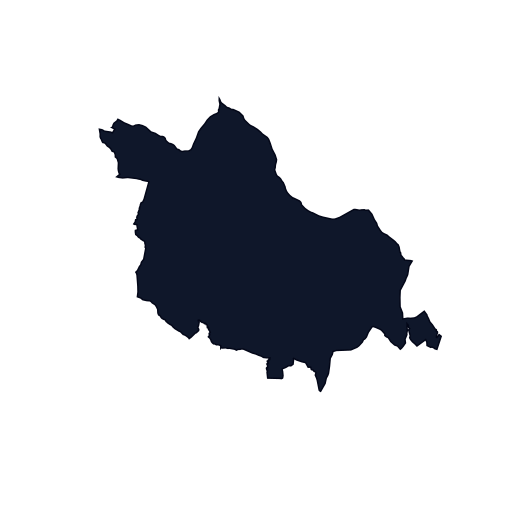 Dragesti, Bihor, Romania, rotated 126°
{"feature_id": "2599482B88212015741869", "entity_name": "Dragesti", "entity_type": "district", "adm_level": 2, "iso_a3": "ROU", "parent_name": "Romania", "parent_adm1": "Bihor", "projection": "mercator", "projection_center": [22.124, 46.918], "detail": "fine", "context": "isolated", "style": "filled", "palette": "ink", "viewbox_px": 512, "rotation_deg": 126, "n_neighbors": 0, "source": "geoboundaries", "source_scale": "gbopen_adm2", "svg_char_len": 6116}
<svg xmlns="http://www.w3.org/2000/svg" viewBox="0 0 512 512"><g transform="rotate(126 256 256)"><path d="M226.6,448.1L228.5,447.9L232.0,448.9L233.5,448.7L235.4,448.1L236.3,447.9L236.8,448.2L236.3,444.8L240.7,444.5L241.2,446.4L243.8,451.4L244.3,452.7L244.2,453.8L244.5,455.0L245.5,457.2L248.8,453.8L251.2,452.1L252.1,450.8L252.3,450.1L253.9,447.5L254.2,446.6L253.5,445.2L253.5,443.9L254.4,440.9L254.3,438.3L254.8,436.0L255.8,434.0L255.1,431.8L256.5,429.7L258.1,428.2L258.5,428.1L258.7,425.8L259.0,425.2L261.4,422.1L266.4,418.8L267.9,417.4L269.4,415.5L269.8,414.2L273.8,415.2L273.1,413.3L271.2,409.8L267.8,405.9L263.5,398.2L262.4,395.5L261.9,394.9L261.4,392.3L260.1,389.3L259.2,387.6L258.8,386.3L275.9,379.9L279.2,379.3L280.3,380.2L282.4,379.7L284.2,378.8L284.7,378.9L286.2,378.3L286.3,377.9L290.4,376.8L291.1,375.5L293.1,375.7L293.5,375.4L294.7,375.3L295.0,374.7L295.7,374.3L295.9,373.7L296.2,373.6L297.4,374.7L299.5,373.7L301.9,373.7L301.9,373.1L300.6,370.9L304.3,367.1L306.2,368.6L307.5,367.7L309.3,365.9L309.3,363.9L309.8,362.3L309.8,361.5L309.6,360.6L310.0,358.8L309.8,356.8L309.9,356.3L309.6,355.5L309.7,354.9L310.2,354.0L311.3,353.1L312.1,351.9L314.1,350.8L314.2,350.2L314.6,349.7L324.7,344.9L328.4,345.0L330.9,344.0L333.0,344.1L337.5,343.3L339.5,343.7L339.9,343.5L340.2,342.4L341.4,341.0L350.0,333.7L354.5,330.3L358.7,328.0L357.7,324.6L357.9,321.9L356.3,318.2L354.5,315.3L354.6,313.5L354.9,312.5L354.7,308.9L355.5,306.8L356.9,304.2L359.8,301.8L360.8,300.3L360.9,299.8L360.6,298.8L361.5,296.4L361.7,295.2L361.4,293.2L361.0,292.1L361.8,290.1L361.8,289.1L362.0,288.2L361.9,285.4L361.6,283.4L362.1,281.7L362.4,278.9L362.0,273.9L361.6,272.7L362.3,268.6L361.9,268.0L361.6,265.5L361.7,262.5L362.1,261.5L359.9,260.8L354.0,259.8L353.2,259.2L350.1,258.6L348.9,259.3L348.8,259.8L347.8,261.3L346.3,261.5L342.8,263.2L342.3,264.3L342.4,264.7L341.9,265.0L341.2,264.5L341.1,263.4L341.2,262.5L341.5,262.3L341.4,260.6L341.0,259.8L340.8,258.6L341.0,258.1L340.9,257.7L340.2,257.6L340.1,257.1L340.2,256.5L340.8,256.1L340.3,255.2L340.4,254.9L341.2,254.4L341.3,253.8L341.8,253.9L342.6,253.2L342.5,252.6L341.9,252.4L342.0,252.0L343.3,251.2L343.5,251.0L343.4,250.4L344.7,248.1L345.9,248.4L346.7,248.1L346.7,247.3L347.8,246.8L349.0,247.2L349.4,247.0L349.6,244.9L350.2,243.5L351.5,241.6L351.9,240.1L352.0,238.7L351.4,237.8L351.1,235.9L350.2,234.7L349.5,233.3L349.4,231.7L351.3,230.3L350.4,230.2L350.2,229.1L348.1,226.6L347.4,224.7L346.2,223.2L343.9,218.4L343.7,216.5L342.2,215.7L340.9,214.1L339.7,213.1L338.7,211.5L336.6,201.9L335.4,198.7L334.7,195.5L333.8,192.6L333.7,190.4L332.0,187.4L330.2,184.9L331.3,184.3L331.3,184.9L331.6,185.0L332.4,184.5L332.8,184.9L333.1,184.8L333.4,184.3L333.9,184.3L334.3,185.1L334.6,185.0L334.8,183.8L335.2,183.3L335.7,183.6L335.9,183.1L336.2,183.1L337.0,183.7L337.7,182.4L338.6,181.6L339.7,180.9L340.0,181.2L339.8,181.6L340.3,181.7L341.1,181.2L341.6,180.4L341.5,179.5L342.5,179.5L342.8,178.8L343.2,178.5L343.7,178.6L347.9,174.8L340.8,164.5L340.4,163.5L339.5,162.9L339.0,162.8L337.0,163.8L333.8,166.6L332.6,168.1L331.8,168.4L328.7,166.5L325.5,165.1L324.3,163.2L321.8,162.4L317.2,165.0L316.9,165.5L316.6,165.4L316.3,162.3L314.5,156.5L313.3,153.8L313.3,152.7L315.3,148.5L313.8,146.4L315.2,144.7L315.3,144.3L314.7,142.9L315.2,141.1L314.8,139.8L314.9,139.3L315.4,138.8L317.5,138.0L319.2,135.1L320.6,133.3L327.4,126.0L327.6,124.8L327.5,124.2L318.5,125.2L313.5,127.4L310.4,127.8L308.3,128.4L301.9,131.8L295.2,135.8L290.9,136.4L288.0,137.6L285.2,135.5L276.2,124.1L270.5,120.7L268.2,120.0L263.1,119.4L260.2,120.0L259.8,119.5L258.9,119.2L256.6,119.1L251.7,120.3L245.3,120.5L244.2,119.9L243.4,117.5L242.4,113.0L242.2,111.0L243.3,105.9L244.6,105.0L244.7,102.9L244.3,101.2L244.5,100.4L246.0,96.6L246.5,91.5L245.6,88.6L246.6,84.5L245.2,84.1L242.3,83.9L238.5,84.0L235.8,86.5L231.0,87.7L230.0,88.6L227.1,89.9L224.7,92.3L221.9,94.1L222.5,92.0L223.8,91.2L224.1,90.6L224.4,88.9L226.0,89.1L229.9,84.3L231.8,83.6L232.7,81.7L233.4,79.0L233.7,75.5L234.2,72.9L223.9,69.6L225.2,67.2L227.9,65.0L227.2,61.0L226.4,60.3L226.0,59.4L225.8,58.1L225.9,56.8L225.2,54.8L212.1,59.0L212.0,61.7L215.6,61.5L215.8,61.9L215.7,62.4L213.9,63.3L211.2,64.2L210.7,64.7L210.6,65.3L210.8,66.1L209.7,66.8L209.8,68.3L208.1,72.7L207.1,76.7L205.3,79.6L203.9,82.4L203.2,83.1L201.8,87.4L210.8,90.1L213.0,91.4L215.6,94.3L217.2,96.8L220.7,100.2L216.0,104.0L212.4,109.6L205.0,115.2L199.0,119.2L188.5,120.7L185.6,121.6L182.8,122.1L181.6,122.5L174.4,126.2L168.3,126.7L168.8,128.1L172.0,133.4L171.2,134.6L171.2,135.5L170.4,138.1L170.4,138.9L168.2,141.2L168.1,142.0L164.7,145.5L163.4,147.6L163.3,149.3L162.7,151.7L162.5,154.0L162.4,159.7L162.1,162.2L162.8,165.6L163.0,168.0L162.3,170.5L160.4,175.4L158.6,177.7L157.1,181.6L154.1,186.8L152.8,192.0L154.7,194.3L154.8,195.3L156.5,197.5L158.2,199.2L159.9,202.8L160.8,204.1L175.5,210.9L179.8,213.8L181.5,216.0L185.3,224.7L186.7,228.8L187.8,235.5L188.4,237.2L188.8,240.5L188.8,244.4L187.9,249.2L186.6,250.7L186.2,251.5L185.9,253.2L187.1,259.7L187.3,260.4L187.7,260.5L187.4,260.9L187.2,264.4L186.4,267.8L185.6,269.7L183.9,272.3L183.1,273.0L180.7,277.0L180.2,279.0L179.1,281.6L178.8,283.6L178.9,285.8L178.2,287.5L175.9,290.9L175.0,291.8L173.3,292.4L170.8,293.9L167.9,295.0L166.0,296.0L163.1,299.9L160.1,305.9L156.5,310.8L154.2,314.4L153.5,316.6L153.6,322.6L153.1,325.1L152.8,329.1L153.1,333.9L153.7,337.2L153.7,338.8L152.8,344.9L152.0,346.8L150.4,348.9L149.6,354.2L150.9,360.5L152.0,362.3L152.1,364.6L152.9,366.9L152.9,367.6L152.6,369.4L152.5,374.0L152.0,375.4L150.7,377.3L150.3,378.2L152.0,377.0L154.3,374.4L158.4,372.4L159.8,372.2L161.7,370.7L163.9,371.5L166.2,373.0L170.2,374.7L174.6,375.3L179.2,375.1L185.0,375.5L189.2,375.4L195.6,373.5L202.0,372.3L205.8,371.2L208.4,371.1L210.8,372.3L212.9,375.2L214.9,377.1L215.5,378.9L215.3,381.0L215.9,382.3L215.9,383.3L214.7,387.1L214.7,388.8L215.2,391.0L215.9,392.4L216.0,393.2L215.7,396.2L215.3,397.3L214.3,398.5L214.0,399.4L213.9,400.7L214.3,401.9L215.5,403.6L215.8,405.6L216.0,409.5L217.4,413.9L216.6,420.9L217.3,424.5L218.6,427.8L220.8,430.2L223.1,431.5L224.0,432.9L224.8,436.9L225.8,440.9L226.2,445.8L226.6,448.1Z" fill="#0f172a" stroke="#020617" stroke-width="1.5"/></g></svg>